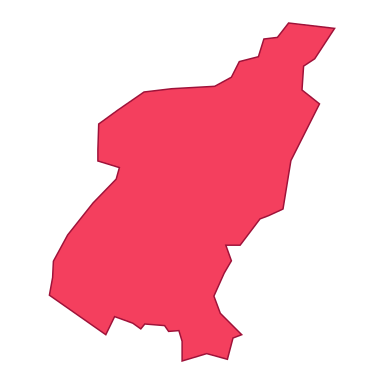 SVG path tracing the border of Quezon City
{"feature_id": "PHL-5549", "entity_name": "Quezon City", "entity_type": "Highly Urbanized City", "adm_level": 1, "iso_a3": "PHL", "parent_name": "Philippines", "parent_adm1": "", "projection": "orthographic", "projection_center": [121.079, 14.672], "detail": "fine", "context": "isolated", "style": "filled", "palette": "rose", "viewbox_px": 384, "rotation_deg": 0, "n_neighbors": 0, "source": "natural_earth", "source_scale": "10m", "svg_char_len": 710}
<svg xmlns="http://www.w3.org/2000/svg" viewBox="0 0 384 384"><path d="M288.6,23.0L334.6,28.4L314.7,58.8L303.6,66.1L302.0,90.0L319.5,103.9L290.9,160.6L283.0,209.0L268.7,215.6L260.0,218.9L240.1,245.2L225.8,245.2L231.4,260.8L224.2,273.1L213.9,296.1L220.3,313.3L241.7,334.7L233.0,338.0L227.4,359.3L206.7,353.6L182.1,361.0L182.1,341.3L178.9,330.6L168.6,331.4L164.6,325.6L144.8,324.0L140.8,328.9L132.8,323.2L114.6,316.6L105.8,334.7L49.4,295.2L52.6,277.6L53.4,261.2L67.7,234.9L93.1,202.9L116.2,179.1L119.4,167.6L97.9,161.0L97.9,149.5L98.7,124.0L117.8,110.1L144.0,92.0L171.8,88.7L214.7,86.3L231.4,77.2L239.3,61.6L258.4,56.7L263.9,39.0L277.4,37.4L288.6,23.0Z" fill="#f43f5e" stroke="#9f1239" stroke-width="1.5"/></svg>